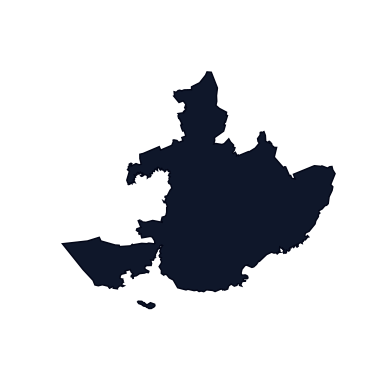 Maguindanao, Maguindanao, Philippines, rotated 248°
{"feature_id": "2640588B76798451045250", "entity_name": "Maguindanao", "entity_type": "district", "adm_level": 2, "iso_a3": "PHL", "parent_name": "Philippines", "parent_adm1": "Maguindanao", "projection": "albers", "projection_center": [124.09, 6.876], "detail": "fine", "context": "isolated", "style": "filled", "palette": "ink", "viewbox_px": 384, "rotation_deg": 248, "n_neighbors": 0, "source": "geoboundaries", "source_scale": "gbopen_adm2", "svg_char_len": 6080}
<svg xmlns="http://www.w3.org/2000/svg" viewBox="0 0 384 384"><g transform="rotate(248 192 192)"><path d="M192.5,52.5L160.8,62.0L147.2,67.2L142.2,67.2L140.2,70.0L139.6,74.1L136.2,78.9L133.7,79.5L134.0,83.1L132.8,83.4L132.3,83.0L130.2,86.6L131.1,87.0L132.1,89.6L131.6,91.1L130.4,92.1L130.5,93.9L131.7,92.4L132.6,92.2L133.8,93.3L134.1,94.7L134.9,94.4L135.9,95.0L136.5,94.6L137.2,95.1L138.0,93.7L139.4,92.9L141.4,94.3L142.2,95.8L141.6,100.4L142.4,100.5L142.8,99.7L143.9,100.5L143.2,105.7L140.5,105.7L138.6,106.8L138.4,106.1L137.1,105.8L137.4,104.6L136.3,103.9L135.8,104.6L133.4,105.0L135.0,105.5L135.7,106.6L135.2,109.1L136.0,112.8L134.6,117.9L134.8,119.2L133.6,121.4L134.7,122.3L137.1,120.2L139.0,119.4L140.2,120.2L140.3,121.1L141.2,121.4L139.2,126.6L140.8,127.7L144.4,128.2L143.3,130.7L145.0,132.1L145.0,133.2L145.6,132.8L146.4,134.1L147.9,134.6L149.4,136.5L150.1,136.6L150.2,137.5L151.5,138.1L151.5,138.9L152.3,139.6L152.0,140.8L154.2,142.1L154.2,144.0L153.4,144.7L151.9,142.5L148.9,139.9L146.7,140.1L145.4,137.8L143.7,137.7L142.6,139.0L141.1,137.6L139.1,137.8L137.6,137.0L135.1,133.6L131.0,134.4L128.0,133.1L125.5,134.7L126.1,135.3L125.1,137.5L120.9,138.8L117.5,141.7L108.6,142.9L103.5,149.8L103.4,151.8L99.8,157.0L99.1,159.9L97.1,161.3L96.8,163.4L95.2,165.6L95.9,168.8L93.0,174.3L91.1,176.1L91.2,182.4L90.6,183.6L89.6,183.9L89.7,185.2L88.8,185.6L88.7,188.7L91.2,190.7L92.0,193.9L88.9,196.0L88.7,198.7L89.9,199.8L89.6,201.0L88.9,201.5L87.6,201.1L86.3,202.7L88.2,202.4L88.5,203.4L89.7,203.8L90.0,205.9L89.3,208.1L90.0,208.5L90.8,206.3L92.2,207.1L92.2,208.7L91.0,210.6L91.3,211.6L92.2,211.9L92.8,211.3L93.3,211.8L94.3,211.2L94.4,210.1L95.2,210.2L96.0,207.2L98.3,207.0L101.6,209.3L104.0,213.6L103.6,216.2L103.2,215.8L99.7,219.3L99.5,221.2L100.7,224.5L103.1,228.2L102.5,228.6L106.1,237.8L106.4,243.3L104.7,245.1L104.0,247.5L102.7,247.8L103.5,249.9L103.1,251.2L104.2,250.2L104.5,251.4L105.0,251.1L108.2,252.8L105.9,254.3L106.1,254.9L105.0,255.2L105.2,254.3L104.2,255.6L102.2,254.1L101.0,254.1L101.2,255.1L100.4,255.3L100.3,256.7L102.6,257.8L101.0,259.6L101.7,261.2L102.8,260.9L103.4,261.8L103.0,262.7L103.7,263.3L103.7,264.9L102.5,265.5L103.1,266.5L103.8,266.2L104.1,269.6L102.3,268.4L101.6,268.8L102.0,270.2L103.2,270.3L104.3,271.6L104.6,273.5L103.1,274.9L104.2,275.1L104.7,276.8L105.7,277.1L105.2,279.2L106.9,282.2L106.7,283.3L108.3,282.7L107.8,281.7L108.4,280.3L109.2,280.1L110.7,281.1L111.6,282.5L111.7,285.8L116.3,294.1L119.0,296.0L121.9,300.0L123.8,300.7L124.6,302.6L125.8,302.1L127.1,302.6L127.6,306.4L129.5,310.0L129.3,311.9L130.2,313.9L136.2,317.3L140.9,322.4L144.1,324.5L147.0,323.4L155.4,331.5L159.9,330.8L163.2,331.3L163.8,329.2L163.4,326.6L167.5,322.2L167.4,321.2L170.5,315.3L170.4,292.7L165.5,292.6L167.2,289.7L170.4,289.6L170.6,288.4L180.2,288.2L180.7,287.2L180.2,285.9L193.5,281.3L201.6,287.1L202.8,284.3L203.4,284.6L205.6,283.3L206.3,283.9L207.6,283.8L208.2,282.3L209.0,283.2L210.1,282.5L209.6,280.8L211.4,279.3L217.0,281.2L221.0,281.3L220.8,278.9L221.6,278.6L221.6,277.6L219.2,276.5L216.9,272.8L214.1,272.2L212.1,272.8L209.0,267.1L207.8,260.1L208.3,259.5L208.2,248.8L208.9,248.8L208.9,247.0L209.5,247.4L212.6,247.0L212.1,244.9L213.7,244.4L214.8,246.6L217.0,248.4L218.5,246.9L219.9,248.1L224.1,246.4L227.5,246.0L224.7,240.0L224.8,237.6L228.1,232.1L228.4,230.1L231.2,232.3L234.0,233.2L236.6,244.1L241.5,247.9L242.4,246.8L244.8,248.9L244.4,249.3L249.6,253.5L250.6,252.4L253.0,253.9L259.3,248.6L263.3,246.6L266.8,248.9L272.2,250.8L278.9,254.5L295.8,254.7L297.7,250.9L295.2,248.4L290.4,240.0L289.7,231.0L287.0,229.9L289.6,222.9L289.6,220.5L291.0,218.6L291.2,217.0L290.3,214.7L291.6,213.0L287.8,211.9L287.8,211.0L279.9,213.5L279.8,218.0L275.4,219.2L274.5,218.3L273.7,218.4L274.1,218.0L272.9,216.8L272.2,217.0L272.3,217.6L270.9,217.4L269.9,214.9L269.4,215.2L269.4,214.1L268.6,213.9L269.9,208.5L268.7,208.9L267.8,207.6L265.3,207.3L265.3,207.8L258.6,208.3L258.9,207.8L258.2,207.7L258.2,206.6L255.0,206.3L252.0,206.3L251.8,207.7L247.4,207.4L246.1,207.0L246.3,203.0L242.8,202.8L243.0,198.3L245.4,197.3L247.1,194.7L247.1,193.9L245.8,193.7L242.8,190.8L242.7,185.3L242.6,178.6L246.3,178.6L246.0,161.1L246.5,157.8L242.4,156.2L236.9,155.4L236.9,153.3L239.3,150.7L238.7,145.2L239.6,145.2L240.6,146.8L241.5,146.2L241.3,144.3L239.5,143.5L239.2,142.4L237.9,142.2L236.9,140.6L234.6,141.7L227.4,136.0L224.7,135.9L224.0,136.8L223.3,135.7L222.8,135.8L222.5,137.1L223.3,139.0L222.2,139.5L223.3,140.2L222.7,141.4L223.7,141.8L222.6,142.6L225.4,142.4L225.2,143.3L226.7,143.7L227.0,145.3L229.3,144.9L228.4,146.9L229.0,148.0L229.9,147.7L230.5,149.1L230.1,149.6L228.6,149.5L228.5,150.6L229.7,151.6L228.1,152.3L228.0,153.4L226.8,153.4L226.4,150.5L225.5,150.9L225.3,152.1L226.0,154.8L224.0,156.9L221.8,156.0L222.2,157.1L221.8,159.0L222.7,160.1L224.4,160.0L224.0,162.2L225.6,162.9L225.9,163.6L225.2,164.8L227.0,166.0L226.9,166.9L224.9,168.1L227.5,168.9L227.7,169.6L227.1,170.3L224.4,170.9L225.4,172.3L225.2,172.8L223.8,172.5L223.0,173.9L221.1,174.2L221.3,175.3L222.2,175.9L221.9,177.8L219.9,177.9L219.7,179.1L217.5,178.9L217.5,177.9L216.0,176.4L214.3,177.4L213.5,175.9L211.6,175.5L210.6,173.9L208.7,173.8L207.1,175.1L203.1,174.8L201.8,172.3L197.8,167.8L198.0,165.4L197.2,165.0L195.7,165.8L194.3,164.1L193.1,163.5L193.0,162.9L194.2,162.1L192.6,162.2L191.7,163.9L187.7,163.8L187.2,162.8L182.6,160.9L180.1,159.1L179.5,157.8L179.8,154.9L176.5,152.5L175.5,153.3L175.0,153.0L180.3,144.9L181.1,137.9L182.8,134.7L184.0,134.4L184.0,133.1L185.5,133.1L185.5,131.4L178.3,131.4L178.5,127.1L177.3,126.1L175.9,127.0L175.8,127.8L174.2,128.0L173.8,127.3L172.6,127.2L172.4,128.9L168.3,128.3L166.5,136.7L165.1,138.3L160.8,139.0L158.3,138.4L158.2,137.4L160.8,132.7L161.0,130.7L163.2,126.1L165.2,117.0L165.8,116.9L165.0,115.0L168.5,104.3L169.9,104.5L171.6,100.9L180.7,89.2L184.7,89.0L185.7,76.8L192.5,52.5ZM110.5,100.4L108.5,100.9L106.7,103.0L104.5,104.3L102.9,106.7L102.3,106.9L101.6,106.3L102.3,107.0L100.1,108.5L99.3,110.6L99.7,113.7L100.4,115.0L101.9,115.3L104.9,112.0L104.2,108.5L105.1,107.1L107.2,106.3L107.2,105.7L109.4,104.5L110.9,101.2L110.5,100.4Z" fill="#0f172a" stroke="#020617" stroke-width="1.5"/></g></svg>